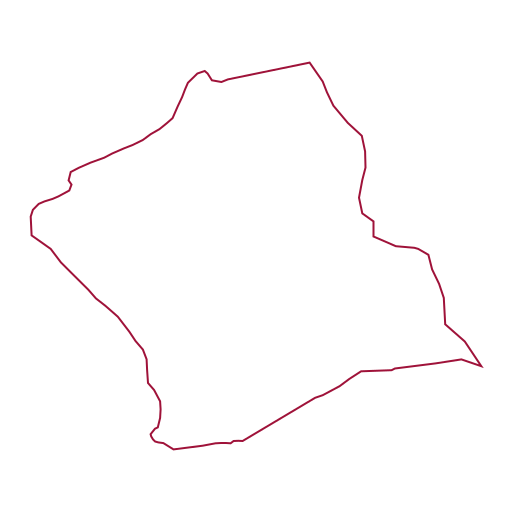 Matu, Sarawak, Malaysia (Natural Earth projection)
{"feature_id": "92858781B59965147339315", "entity_name": "Matu", "entity_type": "district", "adm_level": 2, "iso_a3": "MYS", "parent_name": "Malaysia", "parent_adm1": "Sarawak", "projection": "natural_earth1", "projection_center": [111.67, 2.652], "detail": "fine", "context": "isolated", "style": "outline", "palette": "rose", "viewbox_px": 512, "rotation_deg": 0, "n_neighbors": 0, "source": "geoboundaries", "source_scale": "gbopen_adm2", "svg_char_len": 1285}
<svg xmlns="http://www.w3.org/2000/svg" viewBox="0 0 512 512"><path d="M481.3,366.2L464.8,341.5L445.2,324.3L443.8,297.9L439.1,283.9L432.1,269.4L428.4,254.8L418.2,248.9L414.4,247.8L395.8,246.2L373.5,236.5L373.5,221.4L362.3,213.4L359.0,197.7L362.3,180.0L365.5,167.6L365.1,151.4L361.8,135.8L347.8,122.9L333.4,105.7L326.9,92.2L322.7,81.5L309.6,62.6L227.9,79.4L221.4,82.0L211.9,80.3L207.6,73.5L204.7,71.0L197.4,73.5L187.9,82.8L185.0,89.5L182.1,97.1L177.7,106.4L172.6,118.1L166.8,123.2L159.5,129.1L150.8,134.1L142.8,140.0L132.6,145.0L123.9,148.4L112.2,153.5L104.2,157.7L90.4,162.7L78.8,167.8L70.7,172.0L68.6,180.4L71.5,184.6L69.3,190.5L58.4,196.4L52.6,198.9L44.5,201.4L38.7,203.9L32.9,209.8L30.7,216.6L31.6,235.4L50.7,248.9L60.9,262.4L71.6,273.1L88.4,289.8L95.9,298.4L105.6,306.0L117.8,316.7L129.4,331.8L135.5,341.0L142.9,349.6L146.6,359.3L147.1,370.0L148.0,383.0L154.1,390.0L160.1,401.3L160.6,409.4L160.1,418.0L157.8,427.4L155.0,428.7L150.6,434.2L151.2,436.4L153.0,439.4L155.1,441.5L158.3,442.4L163.4,443.1L173.5,449.4L202.7,445.7L215.5,443.3L221.1,443.0L226.0,443.0L230.6,443.3L233.6,441.0L238.4,440.8L242.6,441.0L315.1,397.8L322.7,395.2L339.7,386.1L349.5,378.8L361.1,371.3L391.6,370.2L394.9,368.5L435.5,363.4L461.4,359.4L481.3,366.2Z" fill="none" stroke="#9f1239" stroke-width="2"/></svg>